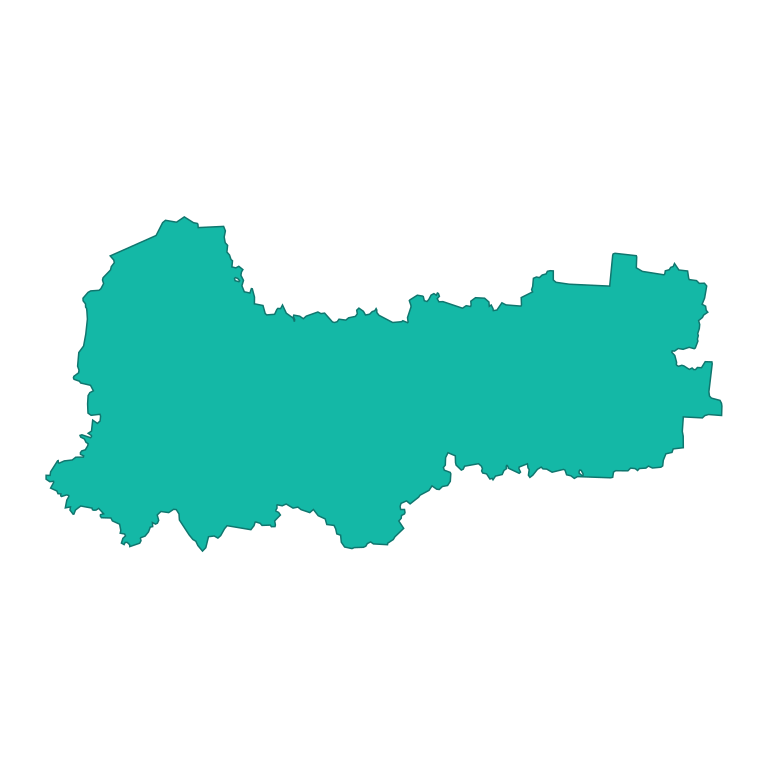 an SVG outline of Vologda
{"feature_id": "RUS-2359", "entity_name": "Vologda", "entity_type": "Region", "adm_level": 1, "iso_a3": "RUS", "parent_name": "Russia", "parent_adm1": "", "projection": "orthographic", "projection_center": [40.382, 60.042], "detail": "fine", "context": "isolated", "style": "filled", "palette": "teal", "viewbox_px": 768, "rotation_deg": 0, "n_neighbors": 0, "source": "natural_earth", "source_scale": "10m", "svg_char_len": 6038}
<svg xmlns="http://www.w3.org/2000/svg" viewBox="0 0 768 768"><path d="M223.6,226.4L225.4,230.9L224.2,237.0L225.2,242.7L227.6,245.4L226.9,252.0L229.5,255.0L231.0,259.5L232.5,260.8L231.9,266.9L235.8,267.9L238.8,266.3L242.9,269.6L241.5,271.9L240.9,275.3L243.5,280.4L241.9,285.8L244.3,291.8L249.9,293.0L251.4,288.6L252.3,288.8L254.5,297.1L254.4,303.8L263.0,305.5L265.2,313.5L266.7,314.9L274.6,314.3L276.8,309.6L277.8,308.4L280.6,308.6L282.5,305.0L286.3,313.2L293.3,318.2L294.4,321.7L294.7,319.6L293.4,316.5L293.8,315.1L299.7,316.2L303.3,318.7L306.3,316.1L317.9,312.0L320.9,313.6L324.6,313.1L332.5,322.0L334.5,322.5L337.2,321.7L339.0,319.2L345.8,320.1L348.6,317.8L355.4,316.4L357.3,313.8L356.7,310.2L358.9,308.1L363.4,311.3L365.5,315.0L369.6,314.2L372.2,311.6L374.8,310.7L376.1,308.6L376.8,310.0L376.8,312.5L379.0,315.3L392.7,322.5L401.6,321.7L402.8,320.7L407.6,322.7L408.1,322.0L407.5,317.6L411.0,307.0L410.9,305.3L409.3,300.6L409.9,299.9L417.3,295.2L422.6,296.1L423.3,296.6L424.3,300.7L427.0,301.5L428.8,299.5L431.1,295.1L433.9,293.6L436.3,295.2L437.4,293.0L438.4,293.5L439.4,296.3L437.2,298.7L438.9,301.8L442.9,301.6L462.5,308.2L466.2,305.7L470.6,306.5L471.1,304.9L470.8,301.2L475.5,297.7L484.6,298.2L488.9,302.0L489.3,306.3L491.2,305.0L493.0,308.6L493.3,310.6L496.9,310.1L501.9,302.8L506.0,304.9L520.9,306.1L521.5,304.9L521.2,297.6L532.6,291.9L531.6,289.7L532.7,286.4L533.4,278.3L536.4,277.0L539.4,277.6L542.2,275.0L546.1,273.9L547.4,271.3L550.2,270.7L553.3,270.9L553.3,280.0L556.0,282.3L569.1,284.2L609.7,286.1L612.7,255.2L613.2,253.9L615.0,253.3L636.3,255.7L636.7,257.0L636.3,267.8L642.4,271.4L663.9,274.8L664.8,273.9L665.3,270.8L669.3,269.7L670.7,267.4L673.2,266.5L674.5,263.5L678.9,270.0L687.6,271.0L688.7,278.4L689.3,279.6L696.5,280.6L699.3,283.4L704.4,283.2L706.7,286.0L704.6,298.1L702.1,304.3L705.6,306.2L706.2,310.3L707.8,312.2L703.6,315.1L702.4,317.5L698.6,320.6L699.7,324.5L699.3,328.6L697.7,333.6L698.3,335.6L697.4,339.0L697.9,341.1L695.3,348.0L694.2,348.7L689.2,347.3L683.1,349.3L678.2,348.5L674.5,351.1L672.2,350.9L671.8,352.3L674.8,355.5L676.6,362.4L676.3,364.5L676.9,365.4L678.5,366.3L681.8,365.3L683.9,365.9L689.3,369.4L692.1,368.0L693.8,369.6L695.5,369.6L697.4,367.5L701.5,367.7L705.2,361.7L711.9,361.9L712.2,363.8L708.9,391.7L709.5,396.1L711.4,398.1L720.0,400.4L721.5,403.3L721.9,406.1L721.6,415.5L708.5,414.5L704.8,415.6L702.4,417.9L683.3,416.9L682.3,431.4L683.2,436.2L683.3,447.7L673.2,448.9L672.0,452.4L665.9,453.8L663.3,460.3L662.7,465.9L660.9,467.2L652.4,468.0L648.4,466.1L645.9,468.1L639.4,468.5L637.6,470.5L635.2,468.6L630.6,468.1L627.9,470.8L615.6,470.7L613.5,472.1L612.7,477.3L610.6,477.8L577.5,476.6L574.3,478.4L570.9,475.8L566.6,474.8L565.0,470.1L563.5,469.4L552.1,472.2L546.7,469.1L543.0,468.9L541.2,467.1L537.5,469.3L532.8,475.2L529.9,477.4L528.4,475.2L529.2,469.6L528.0,467.8L527.4,463.8L519.2,467.0L518.9,468.6L520.5,472.1L519.2,473.3L508.8,468.4L507.3,465.5L506.6,465.5L506.1,467.1L506.6,468.6L504.0,470.4L502.2,474.5L495.5,476.1L493.0,479.8L492.2,478.4L489.9,479.0L486.6,473.9L482.7,473.0L481.6,470.9L482.4,468.6L481.4,466.2L478.5,463.7L464.6,466.2L463.2,469.2L461.3,470.1L456.1,465.1L455.5,462.5L455.3,455.8L448.0,452.7L445.6,457.6L445.3,465.1L443.4,467.5L444.3,470.2L450.2,472.4L450.8,473.8L450.3,481.3L447.6,485.5L442.4,486.5L439.3,489.5L436.7,489.2L432.0,485.9L429.0,490.4L420.0,495.2L418.7,497.1L410.1,503.9L406.5,500.9L401.0,503.4L400.1,506.4L400.6,509.5L404.5,509.5L405.0,512.5L404.5,513.9L401.5,515.5L401.2,518.3L398.8,521.0L403.7,528.4L394.9,536.8L393.3,539.5L387.7,543.2L387.5,544.7L373.4,543.9L370.6,541.9L367.3,543.6L365.8,546.2L363.4,547.3L354.3,547.6L352.0,548.6L344.6,547.0L341.3,542.2L340.6,535.2L336.8,533.9L335.7,528.9L334.0,525.4L326.8,524.5L325.2,518.9L318.2,515.7L313.4,509.5L309.8,512.6L301.0,509.6L297.9,507.1L293.0,508.1L286.2,504.0L282.2,505.8L277.2,504.8L276.9,505.5L277.0,508.2L275.8,510.1L275.9,511.1L278.6,512.4L280.4,515.0L274.7,520.9L275.4,525.0L275.0,526.6L271.4,526.7L270.3,525.1L262.0,525.4L260.2,523.3L255.9,522.0L255.1,522.2L254.0,525.7L250.9,529.7L227.1,525.7L224.5,528.8L220.7,535.6L217.9,538.1L214.2,536.0L208.5,536.7L205.8,547.7L202.5,551.1L197.9,545.6L195.8,541.2L192.9,539.5L189.2,535.0L179.4,520.0L179.0,514.0L176.3,509.6L173.6,509.3L168.7,512.6L160.9,511.5L157.2,515.0L158.7,520.3L157.4,523.2L155.5,524.1L152.4,522.5L152.7,526.6L150.3,527.1L148.5,531.9L145.1,536.1L140.7,537.7L140.4,538.3L141.0,540.7L139.7,543.2L129.8,546.6L129.6,544.7L127.2,542.4L125.2,542.4L124.1,544.6L121.4,543.1L122.9,538.3L125.5,535.9L124.6,534.0L120.2,533.2L120.8,530.4L119.6,524.2L112.4,520.9L110.9,518.0L101.4,517.7L100.3,516.0L100.5,514.6L103.6,513.8L98.7,508.4L96.0,510.1L93.7,510.2L92.5,509.8L92.0,508.1L80.7,506.0L75.5,510.0L73.9,514.1L73.1,514.2L70.0,510.1L70.5,506.9L65.3,507.9L66.8,500.1L68.8,496.6L68.7,495.5L66.7,494.9L61.5,496.5L60.7,495.8L60.9,493.9L58.0,493.7L56.9,491.0L50.6,488.1L53.7,482.4L53.5,481.3L49.8,481.7L46.1,479.2L46.1,475.3L50.1,475.4L50.6,471.8L57.6,460.8L58.2,460.6L58.4,462.7L59.1,463.2L64.3,460.9L72.2,460.0L75.8,457.2L83.4,457.1L83.7,455.8L80.5,454.4L80.4,452.7L81.7,450.9L85.3,449.8L87.7,445.8L88.1,443.7L86.0,442.3L84.4,439.0L80.7,437.1L80.0,435.4L81.9,434.8L90.6,437.7L91.5,436.5L91.4,435.5L88.1,433.3L91.5,431.1L92.7,420.1L97.4,423.4L100.1,421.0L100.6,416.2L100.0,414.3L91.1,415.3L88.0,413.1L87.6,404.0L88.1,395.6L89.9,392.6L93.4,390.8L90.5,385.3L80.7,383.0L79.4,381.2L74.0,379.3L73.4,377.8L73.9,376.3L78.6,372.8L79.0,370.1L77.6,366.2L78.8,352.5L83.6,346.0L85.8,334.0L87.4,319.1L86.9,311.2L86.6,308.5L85.6,307.1L85.5,303.9L83.1,300.8L83.0,298.2L88.0,292.4L90.7,290.9L99.1,290.3L100.9,288.7L103.6,283.6L102.5,280.0L103.1,277.7L110.5,270.0L111.3,266.6L114.3,262.7L113.8,260.1L110.2,255.9L156.1,235.5L162.6,222.7L165.5,220.3L176.5,222.2L184.3,216.9L193.5,222.7L197.2,223.4L197.9,224.2L198.2,227.6L223.6,226.4ZM238.9,281.7L239.7,280.8L237.8,278.5L235.5,277.6L234.5,278.4L235.1,280.7L238.9,281.7ZM582.4,475.9L583.1,475.2L583.0,473.7L581.2,470.4L579.9,470.0L579.1,471.2L579.1,473.1L582.4,475.9Z" fill="#14b8a6" stroke="#0f766e" stroke-width="1.5"/></svg>